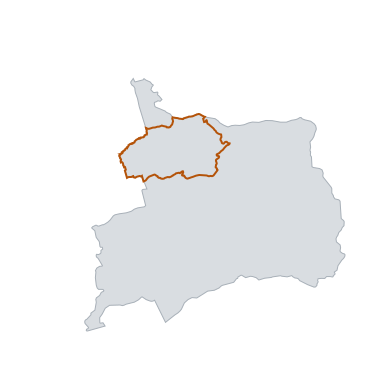 Bandundu on a map of Democratic Republic of the Congo (Robinson projection), rotated 74°
{"feature_id": "COD-1871", "entity_name": "Bandundu", "entity_type": "Province", "adm_level": 1, "iso_a3": "COD", "parent_name": "Democratic Republic of the Congo", "parent_adm1": "", "projection": "robinson", "projection_center": [18.46, -4.427], "detail": "fine", "context": "in_parent", "style": "outline", "palette": "amber", "viewbox_px": 384, "rotation_deg": 74, "n_neighbors": 0, "source": "natural_earth", "source_scale": "10m", "svg_char_len": 9376}
<svg xmlns="http://www.w3.org/2000/svg" viewBox="0 0 384 384"><g transform="rotate(74 192 192)"><path d="M310.0,253.4L285.7,257.8L286.1,259.4L285.9,261.0L285.3,262.3L282.8,265.7L279.1,268.8L279.1,269.6L280.9,273.1L282.0,277.8L281.7,286.3L282.1,288.6L282.0,290.3L280.8,292.3L278.2,302.5L279.8,307.4L284.6,312.0L287.3,315.4L292.1,316.6L292.8,316.4L293.2,313.6L296.9,312.5L296.8,330.6L296.5,331.6L295.8,331.8L294.9,331.2L294.6,329.5L293.6,328.8L289.0,331.0L287.8,331.0L286.5,330.6L285.6,329.6L285.4,328.3L282.2,323.0L280.6,322.6L278.8,317.9L271.6,314.4L268.8,314.1L267.4,313.1L266.0,309.3L263.5,306.9L263.0,304.3L262.5,303.9L261.1,304.4L259.8,308.7L258.1,309.6L255.1,309.7L247.7,308.5L242.4,306.4L241.0,306.5L238.9,304.5L238.0,301.3L238.5,298.8L238.1,298.4L230.0,300.5L228.0,301.8L226.2,301.5L225.6,300.8L226.4,299.1L226.0,297.2L225.4,296.3L223.0,295.6L222.3,293.6L220.8,293.4L220.3,293.6L220.0,295.0L219.1,295.5L214.2,294.8L209.2,296.6L202.4,296.1L199.2,298.2L198.7,298.2L198.0,297.1L197.4,293.7L197.8,292.7L198.8,292.0L199.1,290.7L198.8,287.1L199.1,286.3L198.7,284.2L197.7,281.0L196.3,278.3L193.3,274.3L192.7,272.4L192.9,268.0L193.9,260.9L193.8,255.6L192.6,252.2L192.3,248.5L193.1,241.9L192.3,240.3L176.9,239.8L176.3,239.3L176.0,238.4L176.7,234.5L167.3,235.4L164.5,236.2L162.8,237.8L162.2,239.8L162.1,242.7L160.7,245.4L160.3,250.1L157.7,250.6L155.1,250.6L150.1,249.6L145.2,250.9L142.8,252.2L141.6,251.6L137.2,252.0L136.6,251.7L131.6,242.5L129.4,239.5L128.9,238.0L129.1,236.6L128.5,234.7L126.2,230.0L125.8,227.8L125.9,224.3L125.6,223.2L123.5,220.2L122.1,219.3L120.6,218.7L95.4,219.2L87.1,218.6L81.0,219.0L77.9,218.7L77.0,218.3L74.3,218.9L72.8,220.2L70.6,220.8L69.3,220.5L66.7,217.2L70.2,216.6L70.5,216.2L70.7,208.1L69.8,206.9L71.7,205.5L74.7,201.9L77.7,200.6L78.1,199.9L78.8,199.9L79.8,201.5L82.4,203.4L85.6,201.7L86.0,201.2L86.4,197.7L87.2,197.4L88.6,198.2L89.3,198.2L90.7,197.2L94.8,195.4L96.0,197.6L94.9,199.7L95.4,201.1L95.5,203.3L96.2,203.8L99.4,204.1L100.4,203.5L106.8,195.5L108.4,194.6L111.1,191.4L114.7,190.0L116.3,187.5L118.3,183.0L119.2,176.5L118.9,165.3L119.2,163.8L123.5,158.8L127.9,149.6L130.9,147.2L133.2,146.2L136.7,142.9L139.4,139.5L139.1,135.5L139.7,132.1L141.2,127.8L141.7,123.3L141.2,118.6L141.4,114.7L143.5,108.5L143.6,101.3L145.5,95.3L149.2,87.8L150.9,82.1L150.5,76.5L151.0,72.4L150.8,70.0L150.2,67.9L150.5,66.6L151.9,66.0L153.6,63.9L156.7,58.4L160.1,55.8L162.4,54.9L164.9,55.0L166.4,55.5L169.0,57.6L172.0,59.4L174.2,61.5L176.3,64.8L181.6,65.6L183.8,66.8L185.2,67.2L185.7,66.9L186.7,67.1L189.2,68.1L191.2,67.5L200.8,69.7L201.9,68.6L204.6,62.9L206.6,60.9L210.0,60.7L212.5,61.8L213.9,61.8L225.8,56.9L227.3,56.7L231.6,57.9L234.4,57.1L235.6,57.3L238.0,56.5L240.0,53.0L241.6,52.2L258.7,55.9L261.3,54.1L262.5,53.9L266.3,55.2L267.5,57.3L269.7,59.1L271.4,62.1L273.9,63.8L275.2,65.4L276.7,66.5L279.8,66.9L283.7,64.2L286.5,64.5L289.3,65.9L290.3,65.9L292.4,64.3L293.5,62.6L294.6,62.2L296.2,63.0L297.6,64.6L298.8,66.8L303.1,72.0L307.2,74.2L308.2,77.3L309.7,77.0L310.5,77.3L311.5,79.3L312.3,79.7L312.4,80.5L311.4,82.4L310.4,86.0L311.7,88.2L310.7,91.4L310.1,94.7L311.5,95.6L313.2,95.5L314.8,97.2L316.0,97.5L317.3,99.3L317.1,100.9L313.0,106.3L306.9,112.9L304.8,113.7L303.8,114.9L303.0,116.8L301.2,118.5L299.9,119.1L299.8,123.9L297.7,128.9L296.9,129.9L295.8,137.9L296.0,139.3L294.9,145.9L295.0,152.0L292.1,153.9L290.0,157.0L289.1,159.1L289.1,164.0L285.8,167.1L285.5,167.8L286.4,171.3L287.6,171.9L287.6,173.1L290.3,176.8L290.1,188.5L290.3,189.6L291.7,192.4L292.6,197.6L291.6,204.3L295.2,216.6L293.5,221.1L294.3,225.4L296.5,229.9L301.7,234.4L303.0,236.2L304.3,238.7L305.5,242.5L310.0,253.4Z" fill="#d9dde1" stroke="#a8b0b8" stroke-width="1"/><path d="M118.9,175.7L118.7,174.3L118.7,174.1L119.1,172.8L119.4,170.6L118.9,167.0L118.9,166.3L118.8,166.1L118.7,165.9L118.7,165.7L118.9,164.7L118.8,164.2L118.9,163.9L119.1,163.5L119.4,163.1L120.1,162.4L120.9,161.6L121.4,161.2L122.6,159.8L123.1,159.5L123.3,159.0L123.7,159.5L124.1,160.2L124.5,160.9L124.6,161.1L124.9,161.1L128.1,161.1L128.2,159.5L128.0,159.2L127.2,158.8L127.1,158.6L127.0,158.3L127.2,158.1L127.5,158.1L129.5,158.3L130.1,158.3L130.5,158.3L132.0,157.0L136.4,154.1L137.1,153.7L138.5,153.3L139.6,152.5L140.1,152.3L141.3,152.1L141.8,151.8L142.9,150.9L143.6,150.1L144.1,149.4L144.6,148.4L144.7,148.2L144.8,148.2L145.2,148.2L147.3,148.6L147.5,148.7L148.3,149.6L148.5,149.7L149.0,150.0L149.6,150.2L150.3,150.2L151.0,149.9L151.7,149.7L152.8,149.8L153.3,149.6L153.6,149.4L153.9,148.9L154.1,148.6L154.2,148.4L154.2,148.2L154.0,147.8L153.5,147.1L153.2,146.6L153.1,146.3L153.1,145.5L153.2,145.2L153.3,144.8L153.5,144.7L154.3,144.3L155.0,143.8L155.2,143.4L155.5,142.6L155.6,142.4L155.9,142.5L156.2,142.9L156.5,143.4L156.7,144.1L156.7,144.8L156.9,146.0L157.0,146.2L157.8,147.5L158.2,148.2L158.7,149.0L159.7,150.3L160.1,151.0L160.7,152.7L161.3,153.7L162.1,155.1L162.2,155.5L162.5,157.0L162.6,157.7L162.7,157.9L163.0,158.0L163.6,158.1L163.8,158.1L164.1,157.8L164.7,156.7L165.0,156.3L165.2,156.2L165.4,156.2L165.8,156.3L166.3,156.7L166.6,157.0L166.7,157.3L166.9,157.9L167.5,159.7L167.8,160.0L168.0,160.2L169.0,160.4L170.3,160.3L171.5,160.4L171.9,160.7L172.3,161.1L172.6,161.5L173.5,161.8L174.3,162.3L174.6,162.4L174.9,162.4L175.0,162.3L176.0,161.7L176.5,161.6L177.3,161.8L177.5,161.7L177.7,161.4L177.9,161.4L178.1,161.5L182.0,166.7L182.2,167.3L182.3,168.4L181.7,169.5L181.7,169.8L181.6,170.3L181.6,170.9L181.5,171.4L181.2,172.0L180.6,172.7L180.1,173.5L177.7,180.2L177.6,180.9L177.4,183.6L177.7,187.2L177.7,188.9L177.8,189.8L177.9,192.3L177.8,192.9L177.6,193.2L177.2,193.7L176.9,194.0L176.4,194.4L175.8,194.6L175.0,194.7L174.9,194.8L174.8,195.1L174.7,195.1L174.2,195.1L173.9,195.3L173.8,195.6L173.7,195.9L173.7,196.4L173.5,196.7L173.4,196.8L173.1,196.6L172.7,196.8L172.3,196.5L171.9,195.9L171.6,195.7L171.4,195.8L171.2,195.6L170.8,195.1L170.4,195.0L169.6,195.0L169.5,195.3L169.5,195.5L169.6,196.2L169.8,196.6L170.1,197.3L170.2,198.0L170.5,198.2L170.6,198.4L170.3,198.9L170.0,199.2L169.8,199.8L169.8,200.9L169.7,201.2L169.7,201.8L169.7,202.4L169.8,202.5L170.1,203.0L170.2,203.4L170.3,203.7L170.5,204.9L170.9,205.7L170.9,205.8L170.8,206.2L170.9,206.4L171.2,206.9L171.5,208.2L171.6,209.8L171.5,210.0L171.3,210.1L171.2,210.6L171.0,211.0L170.9,211.3L171.0,214.1L171.3,215.0L171.4,215.5L171.3,216.0L171.2,216.2L171.2,216.7L171.1,217.0L171.0,217.3L170.6,217.7L170.4,218.3L170.1,218.6L169.7,218.7L169.4,219.3L169.3,219.8L169.0,220.2L168.5,220.6L168.1,220.6L167.8,220.9L167.5,220.8L167.3,221.1L166.9,221.2L166.5,221.8L166.2,221.9L166.1,222.1L165.6,222.4L165.2,222.8L165.0,223.0L164.9,223.6L165.4,228.9L165.7,229.6L166.4,231.0L167.9,233.0L168.1,233.4L168.3,234.2L168.5,235.7L162.7,235.7L163.0,236.4L162.9,236.7L162.4,237.5L162.2,237.9L162.1,240.4L162.2,241.3L162.6,242.3L162.6,242.8L162.2,243.2L162.0,243.4L161.8,244.0L161.7,244.2L161.4,244.3L160.5,244.2L160.5,244.6L160.8,245.8L160.8,246.1L160.8,246.5L160.2,248.6L160.2,249.0L160.2,249.4L160.5,250.6L152.9,250.6L152.6,250.0L152.5,249.6L152.4,249.5L149.5,249.5L149.3,249.7L149.3,250.0L149.4,250.5L148.2,250.5L147.5,250.8L147.3,250.8L146.9,250.6L145.2,250.5L144.3,250.9L144.0,251.1L143.9,251.4L143.9,251.8L144.0,252.2L142.8,252.2L142.5,252.1L141.8,251.5L141.4,251.3L141.0,251.2L140.8,251.3L139.9,251.8L139.3,251.6L138.9,251.6L137.8,252.0L137.5,252.0L136.7,251.8L136.5,251.5L136.7,251.0L136.6,250.8L136.1,250.4L135.9,249.7L135.7,250.0L135.7,249.8L135.7,249.7L135.4,249.5L135.3,249.3L135.5,248.8L135.4,248.6L135.2,248.7L135.1,248.2L134.7,248.2L134.8,248.0L134.8,247.9L134.6,247.9L134.5,247.5L134.4,247.4L134.1,247.3L134.0,247.1L133.7,246.9L133.7,246.7L133.8,246.4L133.6,246.2L133.4,246.1L133.4,245.5L133.3,245.2L133.1,244.7L132.4,244.4L132.2,244.1L132.0,243.3L131.8,243.0L131.5,242.7L131.6,242.4L131.9,242.2L131.5,241.9L131.3,241.8L131.2,241.8L131.1,242.0L130.9,241.9L130.9,241.6L130.9,241.1L130.8,240.9L130.7,240.8L130.3,240.6L129.9,240.2L129.5,240.1L129.5,239.9L129.4,239.5L129.2,239.1L128.9,238.8L128.9,238.7L128.9,237.9L128.6,236.9L128.6,236.6L129.1,236.7L129.1,236.4L129.2,235.9L129.0,235.4L128.9,235.3L128.6,235.2L128.7,234.8L128.6,234.0L128.5,233.6L128.1,233.4L127.7,233.3L127.5,233.2L127.4,233.1L127.2,232.4L126.5,231.3L126.4,231.1L126.3,230.2L126.0,229.2L126.2,228.7L126.3,228.5L125.9,228.1L125.9,227.9L126.0,227.7L125.7,227.7L125.9,227.1L125.9,226.9L125.7,226.9L125.5,226.7L125.5,226.1L125.9,225.9L125.9,225.7L125.8,225.3L125.8,224.2L126.0,223.6L125.6,223.0L125.6,222.8L125.1,222.6L124.9,222.3L124.7,222.1L124.7,221.7L124.4,221.7L124.2,220.4L124.1,220.1L124.3,219.6L123.7,219.3L123.0,219.0L122.5,219.0L121.8,219.2L121.6,219.2L120.9,218.7L120.6,218.6L117.7,218.6L117.9,218.3L118.8,217.5L119.3,216.3L119.4,216.0L119.4,215.5L119.4,213.5L119.3,212.3L119.4,211.5L119.8,209.7L119.8,209.1L119.7,207.4L119.8,206.8L120.1,205.8L120.0,204.1L119.9,203.3L119.8,202.8L120.0,202.4L120.6,201.6L122.1,198.7L122.3,198.5L122.8,198.5L122.9,198.2L123.1,198.0L123.2,197.3L123.4,197.0L123.5,196.9L123.5,196.6L123.6,196.1L123.4,195.8L123.5,195.3L123.5,195.1L123.3,194.7L122.6,194.1L122.4,193.9L121.7,192.6L121.5,192.4L119.8,191.4L119.0,190.8L118.3,190.7L117.4,190.6L116.2,190.8L115.8,190.6L114.9,190.1L115.2,189.7L115.5,188.8L116.1,187.8L116.3,187.1L116.5,186.8L116.6,186.5L117.1,185.3L117.9,184.2L118.2,183.5L118.5,182.7L119.1,181.4L119.3,181.0L119.4,180.4L119.3,180.2L119.0,179.9L118.9,179.6L119.0,178.6L118.8,178.1L118.9,177.3L118.8,176.4L118.9,175.7Z" fill="none" stroke="#b45309" stroke-width="2"/></g></svg>